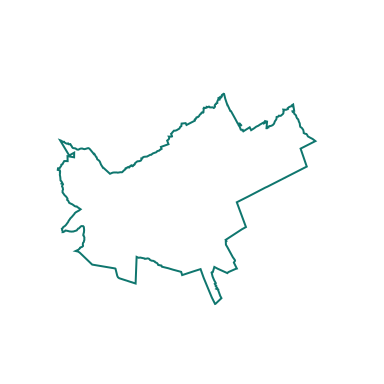 outline of Morelos, Zacatecas, Mexico, rotated 151°
{"feature_id": "50627088B46925631567457", "entity_name": "Morelos", "entity_type": "district", "adm_level": 2, "iso_a3": "MEX", "parent_name": "Mexico", "parent_adm1": "Zacatecas", "projection": "natural_earth1", "projection_center": [-102.666, 22.855], "detail": "fine", "context": "isolated", "style": "outline", "palette": "teal", "viewbox_px": 384, "rotation_deg": 151, "n_neighbors": 0, "source": "geoboundaries", "source_scale": "gbopen_adm2", "svg_char_len": 6077}
<svg xmlns="http://www.w3.org/2000/svg" viewBox="0 0 384 384"><g transform="rotate(151 192 192)"><path d="M305.2,253.0L305.0,251.0L304.3,248.9L304.1,246.6L304.5,246.0L305.0,245.7L304.5,244.3L304.6,243.5L304.6,242.9L304.7,242.2L304.4,241.9L304.2,241.3L302.7,239.3L301.8,237.5L301.5,236.6L300.5,235.5L299.9,235.3L299.9,235.1L297.8,230.9L299.8,230.6L303.2,230.6L304.8,230.3L305.4,229.9L309.1,228.5L311.5,227.8L312.0,227.4L313.7,226.7L314.7,225.9L318.4,224.2L320.1,223.8L321.3,223.8L322.1,223.5L322.9,222.9L323.6,223.0L324.2,221.1L324.0,220.3L324.6,219.6L324.2,219.4L323.5,219.4L322.6,219.3L321.4,219.7L319.9,218.5L318.1,216.8L316.6,215.8L315.0,215.0L311.5,214.3L309.3,215.2L308.5,215.0L306.6,215.6L305.8,215.8L305.0,215.7L303.7,214.8L303.6,213.8L304.8,211.0L306.3,208.8L306.8,208.5L307.5,207.5L308.0,207.1L308.1,206.6L307.9,206.2L308.1,205.6L308.1,204.7L308.3,204.1L308.9,203.3L309.4,202.2L310.0,201.8L310.8,200.8L312.0,200.3L312.8,199.3L313.1,198.7L313.2,198.1L313.7,197.5L315.1,197.3L316.4,197.6L317.0,197.5L317.3,197.1L319.5,196.6L322.4,196.8L320.5,195.1L319.6,193.4L314.5,176.9L296.3,162.4L296.1,162.0L298.0,155.0L298.1,153.3L297.5,151.9L285.7,139.3L271.9,162.1L270.8,160.6L270.5,160.3L269.1,159.8L266.1,157.2L265.8,156.6L265.5,156.6L265.2,156.2L264.2,155.8L263.1,155.5L262.7,155.2L262.1,154.6L261.8,154.0L261.6,152.8L260.5,151.4L259.4,150.7L258.2,149.1L258.3,148.6L257.8,147.8L257.2,147.1L256.8,145.9L257.0,144.9L256.9,144.5L256.4,144.1L256.0,143.9L255.5,143.5L255.4,143.1L254.4,142.5L254.5,141.2L249.7,136.8L246.3,133.3L240.2,127.4L240.9,124.1L228.8,121.8L221.9,120.4L223.4,111.3L225.8,90.2L226.1,82.9L225.7,82.8L217.7,84.9L217.7,87.2L216.7,93.6L216.4,93.9L217.6,95.5L216.5,95.7L216.9,98.2L216.3,98.3L216.6,100.6L215.4,100.8L215.4,104.0L215.0,108.0L213.9,112.1L213.5,112.2L212.8,111.8L212.6,111.9L208.8,115.6L206.7,112.4L200.4,103.9L199.1,104.3L191.2,103.6L189.9,103.3L189.6,110.0L187.7,111.0L187.6,111.3L187.5,111.9L187.9,115.1L187.8,126.3L187.9,129.4L186.4,132.4L185.7,132.4L185.8,133.8L166.5,135.2L161.8,135.2L157.8,161.3L144.8,160.8L125.7,160.3L123.5,160.1L79.3,158.6L76.0,177.3L59.4,176.7L60.8,179.9L62.3,182.2L63.7,184.5L63.6,186.1L63.8,187.3L64.8,188.1L65.7,189.4L65.1,190.7L64.6,192.5L64.9,194.8L65.7,196.5L65.4,197.6L64.5,199.9L64.4,201.8L63.9,204.1L64.4,205.4L64.3,207.2L63.9,208.5L64.3,210.0L64.6,210.7L64.3,211.5L65.1,213.2L65.0,213.9L63.3,213.4L61.1,219.5L62.6,219.4L63.0,218.5L63.3,218.8L63.9,219.0L65.9,219.2L67.6,218.9L67.8,218.1L68.2,218.0L68.7,218.2L69.9,218.3L72.2,219.8L72.6,218.2L73.1,218.0L73.4,217.3L74.0,216.5L74.9,216.1L77.5,215.6L79.0,216.6L79.8,216.1L81.6,216.6L82.7,215.0L83.4,214.5L85.3,213.6L87.1,212.0L88.9,211.4L89.6,211.4L91.4,211.6L92.2,212.1L93.3,212.1L93.8,211.4L94.6,211.7L95.4,211.4L95.9,211.7L92.2,217.2L93.6,218.5L94.4,217.1L95.5,217.1L94.9,218.1L100.4,218.0L101.6,217.8L104.2,218.0L106.9,217.6L110.3,217.4L110.2,220.6L117.6,220.2L117.5,221.5L118.1,221.5L118.1,222.2L119.1,222.9L118.7,225.6L118.8,227.6L117.1,227.5L116.4,225.7L117.1,228.8L118.8,229.6L118.7,235.1L118.7,243.8L119.2,244.2L118.7,251.0L118.9,251.0L117.7,257.5L116.4,262.2L116.6,262.4L117.1,261.9L117.4,262.0L117.8,262.5L118.2,262.4L119.0,262.0L119.5,261.2L119.9,261.3L119.9,261.5L120.3,261.2L120.4,260.7L120.6,260.6L121.3,261.3L121.4,261.2L122.2,260.0L122.7,260.0L122.7,261.3L123.4,261.3L123.5,259.6L124.5,260.0L126.1,258.8L126.7,257.6L127.8,257.8L128.0,257.7L128.3,257.3L128.9,257.4L130.1,256.8L130.5,255.5L131.8,254.9L132.3,255.0L132.5,255.6L132.7,255.9L135.3,257.3L135.5,258.2L135.9,258.5L136.2,258.6L136.9,258.5L137.7,259.2L137.9,258.7L139.0,258.8L139.0,259.0L139.8,259.2L139.8,259.3L140.1,259.4L140.7,259.9L141.5,259.4L141.6,258.7L142.0,258.2L143.0,256.8L143.2,256.3L143.7,256.0L144.2,256.2L144.3,256.7L145.1,256.8L146.4,256.0L147.6,255.9L148.8,255.1L150.0,254.7L150.4,254.9L150.8,254.7L151.3,254.9L151.8,254.8L152.0,255.0L153.5,254.0L154.2,254.2L154.4,254.1L154.3,253.7L154.9,253.0L164.3,253.3L164.2,255.3L167.9,256.9L169.5,254.7L170.6,254.7L172.3,253.6L175.6,253.5L177.0,253.8L178.0,254.4L180.1,253.7L181.2,253.2L182.1,253.0L182.4,250.5L182.5,250.3L183.1,250.4L185.4,251.7L185.4,251.1L185.5,250.7L186.2,249.8L187.0,249.3L188.8,249.0L189.4,245.2L197.3,246.5L197.7,244.5L198.7,244.6L199.1,244.3L199.7,244.4L200.9,244.1L201.2,244.3L201.9,244.4L202.5,244.6L203.9,244.1L207.4,244.7L208.9,244.5L209.5,244.3L210.5,244.8L214.1,244.8L216.8,246.0L218.6,246.1L219.2,245.4L219.6,245.4L220.1,245.8L220.6,244.8L221.4,244.3L222.8,244.4L224.9,245.3L225.8,245.2L228.1,244.7L228.7,243.9L229.6,243.7L230.0,244.0L230.9,243.4L231.3,243.3L231.6,243.4L231.9,243.8L231.8,244.3L232.0,244.7L232.9,244.7L233.4,244.4L233.9,244.3L234.2,244.5L235.0,243.9L235.8,244.4L235.9,244.6L235.9,244.8L236.5,244.9L238.0,244.5L238.4,244.6L238.4,244.9L238.8,244.9L239.4,244.2L240.1,244.0L241.5,243.8L242.3,243.5L243.5,243.2L243.9,243.3L245.0,244.0L247.6,244.9L248.1,245.4L250.7,246.9L252.1,247.4L254.9,247.7L257.8,256.3L258.1,256.3L258.3,260.1L257.9,263.2L258.0,264.1L258.3,265.1L259.0,266.5L258.6,268.7L258.9,269.3L258.9,272.7L259.5,272.7L259.6,273.9L260.5,278.8L260.9,280.0L261.4,280.6L261.8,280.8L265.1,281.5L266.1,282.3L266.9,283.2L267.8,283.7L268.6,284.0L269.2,284.1L270.6,284.1L271.2,284.3L272.2,285.2L272.6,286.3L273.2,287.0L274.0,287.5L274.8,288.2L275.1,289.1L275.0,290.4L275.3,291.7L275.1,292.2L275.2,292.9L276.5,293.4L276.8,293.7L276.9,294.0L276.7,294.2L276.7,294.5L277.0,294.7L277.9,294.8L278.6,295.6L279.7,297.5L279.6,297.8L279.9,297.9L280.2,298.3L280.5,298.4L280.7,298.9L280.9,299.0L281.7,300.3L281.7,300.5L282.3,301.2L281.7,283.5L276.0,283.5L278.3,279.5L283.5,283.7L285.8,279.3L288.7,281.0L290.8,279.8L291.4,279.3L291.9,279.1L292.8,279.3L293.1,279.2L293.4,278.5L294.4,277.9L294.7,277.9L295.1,277.6L295.4,277.5L296.2,277.0L297.7,277.7L298.7,276.4L297.1,274.9L297.5,274.0L297.6,273.5L298.0,273.3L298.6,272.0L299.1,271.4L299.5,270.5L299.7,269.7L300.2,268.4L301.4,265.8L301.3,265.4L301.1,265.0L301.0,263.4L301.2,263.1L301.9,262.7L301.0,262.0L301.2,261.1L302.0,261.0L303.0,259.8L302.9,258.7L303.6,256.7L304.5,256.0L305.4,254.4L305.2,253.0Z" fill="none" stroke="#0f766e" stroke-width="2"/></g></svg>